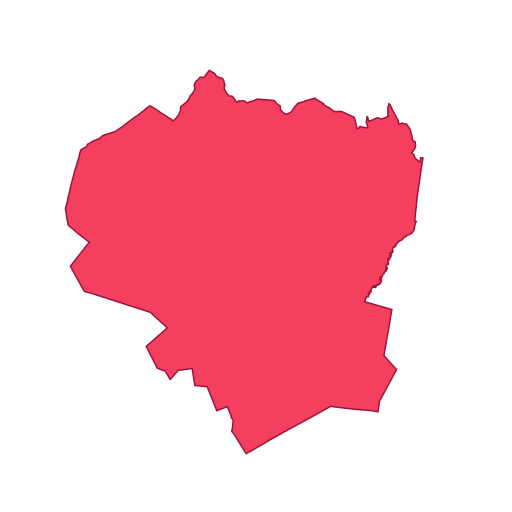 Jamu Mare, Timis, Romania, rotated 258°
{"feature_id": "2599482B47669002074547", "entity_name": "Jamu Mare", "entity_type": "district", "adm_level": 2, "iso_a3": "ROU", "parent_name": "Romania", "parent_adm1": "Timis", "projection": "mercator", "projection_center": [21.475, 45.269], "detail": "fine", "context": "isolated", "style": "filled", "palette": "rose", "viewbox_px": 512, "rotation_deg": 258, "n_neighbors": 0, "source": "geoboundaries", "source_scale": "gbopen_adm2", "svg_char_len": 6091}
<svg xmlns="http://www.w3.org/2000/svg" viewBox="0 0 512 512"><g transform="rotate(258 256 256)"><path d="M80.7,336.9L78.2,342.9L88.2,346.5L115.7,369.9L119.5,367.6L132.0,360.4L159.2,371.4L172.3,376.5L175.3,377.8L177.9,373.1L181.8,365.5L183.7,362.2L187.7,354.7L188.4,352.8L188.8,352.6L189.1,352.7L189.3,353.0L189.5,353.5L191.6,354.2L192.0,354.5L192.0,355.0L192.4,354.9L193.1,355.5L192.9,357.4L193.4,357.7L194.0,357.6L194.3,357.8L194.6,358.6L194.9,358.8L196.0,358.1L196.4,358.3L196.4,358.8L196.0,359.4L196.3,360.2L196.8,360.6L197.0,361.0L197.3,361.2L197.7,360.9L198.0,360.3L198.3,360.8L198.8,360.7L199.0,361.1L198.9,361.5L199.5,361.9L200.0,362.5L201.6,363.3L201.2,364.2L201.5,364.4L202.0,364.5L202.3,364.9L202.4,365.7L201.6,365.8L200.8,365.3L200.8,365.9L200.4,366.4L200.9,366.8L202.0,366.3L201.4,367.3L202.0,367.6L202.1,367.3L202.3,367.4L202.8,368.6L202.3,368.8L202.5,369.4L202.3,369.6L202.8,370.4L203.2,370.7L202.7,371.2L203.8,372.2L203.9,372.4L204.4,372.8L204.4,372.4L204.9,372.3L205.4,372.6L205.4,373.0L205.7,373.1L205.8,372.9L206.5,372.7L206.8,373.2L206.7,373.8L207.7,373.6L207.7,373.2L207.3,373.2L207.6,372.5L208.0,372.9L208.4,372.7L208.8,372.8L208.8,373.4L209.2,373.3L209.2,373.9L209.0,374.5L209.8,374.5L210.1,375.0L210.2,375.4L211.0,375.9L211.6,376.1L212.0,376.5L211.9,377.2L212.3,377.7L213.1,377.8L213.2,378.2L213.7,378.2L213.9,379.3L214.2,379.0L214.3,379.2L214.2,379.9L214.5,380.2L214.8,379.5L215.7,380.8L215.7,380.4L216.6,380.4L216.7,381.0L216.5,381.5L217.1,381.9L217.5,381.0L218.8,381.4L219.4,381.2L219.8,381.8L220.0,382.8L220.1,383.2L220.6,382.9L221.0,383.8L221.4,384.1L221.7,383.3L222.3,383.9L223.5,383.9L224.0,384.6L224.4,385.5L224.8,385.0L224.6,384.6L224.8,384.2L225.7,384.8L225.5,385.2L225.9,385.5L226.2,385.4L226.2,386.2L226.6,386.1L226.9,386.7L226.6,387.0L227.0,387.4L227.1,387.0L227.6,387.6L228.0,388.0L228.6,387.2L229.5,387.2L229.2,387.4L229.1,388.1L229.4,387.9L229.8,388.2L230.7,387.9L231.0,388.2L230.6,388.3L230.5,389.2L231.1,389.3L230.9,390.0L231.2,390.2L231.4,389.9L232.0,389.9L231.8,390.5L232.0,390.9L232.3,391.1L232.8,390.7L233.0,390.6L234.0,390.9L234.2,391.1L234.8,391.1L234.9,391.4L235.2,391.4L235.9,392.1L236.1,392.7L236.0,393.2L236.3,393.4L236.3,393.7L236.7,393.6L236.9,394.1L236.7,394.4L237.6,395.4L238.1,395.3L238.3,395.6L238.4,395.9L238.7,396.0L239.1,396.4L239.2,396.5L239.4,396.6L239.5,396.8L239.2,396.8L239.3,397.1L239.8,397.2L239.9,397.8L240.2,398.1L240.4,398.6L240.7,398.6L240.8,399.0L240.7,399.2L241.0,399.5L240.9,399.9L241.1,400.2L241.4,402.1L242.1,402.7L242.0,403.0L242.2,403.4L242.5,403.5L243.0,403.9L244.1,407.3L244.8,408.0L245.2,410.6L245.8,413.0L247.9,415.3L248.8,416.2L252.9,417.7L255.5,419.1L256.5,420.0L257.4,418.6L272.9,423.6L280.9,426.1L295.2,431.5L305.9,435.3L317.2,439.7L317.8,437.5L314.1,436.1L314.5,435.1L315.7,434.2L316.8,433.4L318.3,432.0L318.8,431.7L320.5,431.9L322.2,431.4L324.7,429.8L327.5,433.3L330.5,435.0L334.7,435.4L336.1,433.4L341.7,433.4L347.9,433.1L353.5,430.8L354.1,429.9L354.2,428.5L355.5,426.9L355.2,423.2L359.2,423.2L370.2,419.9L376.1,418.6L377.3,417.9L374.7,416.3L373.5,415.8L369.0,414.8L367.3,414.6L366.0,414.4L365.7,414.0L365.1,414.1L365.0,413.3L364.7,413.0L363.9,407.2L365.7,404.2L365.9,402.6L364.7,397.5L364.3,394.3L368.7,394.1L369.1,393.7L368.6,393.2L366.8,392.9L365.1,392.2L364.1,391.6L359.2,392.2L358.2,391.0L360.3,386.0L361.1,384.8L360.9,383.9L359.5,382.8L359.6,381.3L366.7,381.3L369.8,381.1L371.6,380.6L379.7,369.5L380.9,362.8L384.3,359.7L385.9,358.5L385.9,358.0L388.3,355.4L389.8,354.0L390.6,353.3L390.9,353.7L393.4,351.2L396.1,348.3L397.6,346.4L397.7,346.6L398.2,346.5L398.0,345.0L397.5,336.7L397.0,334.2L396.8,329.0L393.7,324.6L389.7,320.7L388.5,316.8L388.3,315.1L390.2,312.6L392.1,311.6L393.5,310.6L394.5,310.5L397.5,311.0L398.1,310.6L398.2,310.3L401.1,307.7L404.1,306.5L405.4,302.8L408.5,292.1L409.0,291.1L408.9,289.9L409.2,289.0L408.6,287.1L408.4,286.0L408.1,281.3L407.5,280.1L407.4,279.7L407.7,279.2L409.6,277.6L409.9,276.7L410.3,276.2L410.6,275.5L410.7,274.9L410.5,274.0L411.3,271.9L411.2,271.3L410.5,269.7L410.4,269.3L410.7,269.0L411.8,268.3L414.1,267.5L417.0,266.1L417.4,265.6L417.6,265.0L417.6,264.1L417.9,263.4L418.3,263.0L420.7,261.4L423.8,260.3L425.9,259.8L426.7,259.7L429.6,261.1L430.5,261.2L431.7,260.9L433.9,260.9L435.8,260.4L436.5,260.1L437.2,259.6L437.8,257.8L438.2,257.3L438.9,256.1L439.6,255.3L440.9,254.4L443.2,253.5L447.3,248.9L444.3,245.3L441.9,242.9L441.7,242.6L441.6,242.1L441.6,241.7L442.3,239.6L442.5,238.4L442.2,237.9L441.5,237.2L440.6,236.1L440.3,235.6L439.9,234.6L439.5,233.9L437.6,232.1L436.4,231.4L435.1,231.0L434.0,231.1L433.2,231.0L430.6,230.0L429.3,228.6L428.2,227.7L427.0,225.8L426.6,225.3L423.5,222.8L421.5,220.8L420.7,219.6L418.2,214.3L417.6,213.5L413.4,212.0L410.4,210.0L409.7,209.3L405.3,203.4L413.3,195.5L415.9,192.5L416.1,192.5L418.8,190.1L424.8,183.9L424.8,183.3L424.5,182.1L422.7,178.4L422.0,177.2L420.8,174.7L418.3,169.9L416.9,166.1L415.8,163.6L409.9,151.2L407.1,144.5L406.3,137.9L406.3,136.9L405.9,132.6L405.6,131.2L405.0,129.8L404.6,129.1L403.9,128.4L403.8,127.8L403.3,126.7L403.2,126.1L403.1,124.8L402.6,122.2L402.6,121.3L401.1,117.4L400.5,115.5L400.3,114.2L399.8,114.2L399.3,114.1L398.8,113.7L398.2,113.0L397.0,108.8L396.1,106.7L394.5,105.7L391.9,104.5L391.3,104.1L390.6,103.9L389.7,103.4L389.0,103.2L386.9,101.9L379.3,97.8L377.9,96.9L372.7,94.3L362.4,89.1L356.5,86.5L351.6,84.0L351.3,84.1L349.9,83.4L342.1,79.5L331.2,78.8L331.2,79.0L325.3,78.7L314.4,87.1L304.2,95.8L284.6,72.3L260.9,79.5L258.0,80.4L257.3,80.8L256.7,81.5L253.1,88.4L248.2,96.8L245.3,102.0L242.1,107.5L223.1,140.6L223.0,140.8L205.6,153.3L204.1,154.2L198.5,144.4L197.9,143.3L198.0,143.3L197.6,142.7L190.4,129.8L166.9,136.1L163.1,141.6L163.2,142.9L153.1,146.4L153.1,146.6L158.0,153.0L158.2,153.5L160.3,156.1L159.2,170.2L142.1,169.2L138.3,181.1L112.8,185.5L114.6,196.8L113.4,196.9L104.6,198.5L103.6,198.1L100.2,199.4L99.6,199.4L97.6,198.8L96.7,198.4L92.9,197.3L91.6,196.8L90.1,195.9L89.8,195.8L89.3,195.9L87.0,197.2L64.7,205.3L70.0,221.9L73.1,231.1L76.7,242.5L82.6,262.0L84.6,268.9L88.7,282.6L93.4,297.7L89.4,309.3L85.4,321.3L80.7,336.9Z" fill="#f43f5e" stroke="#9f1239" stroke-width="1.5"/></g></svg>